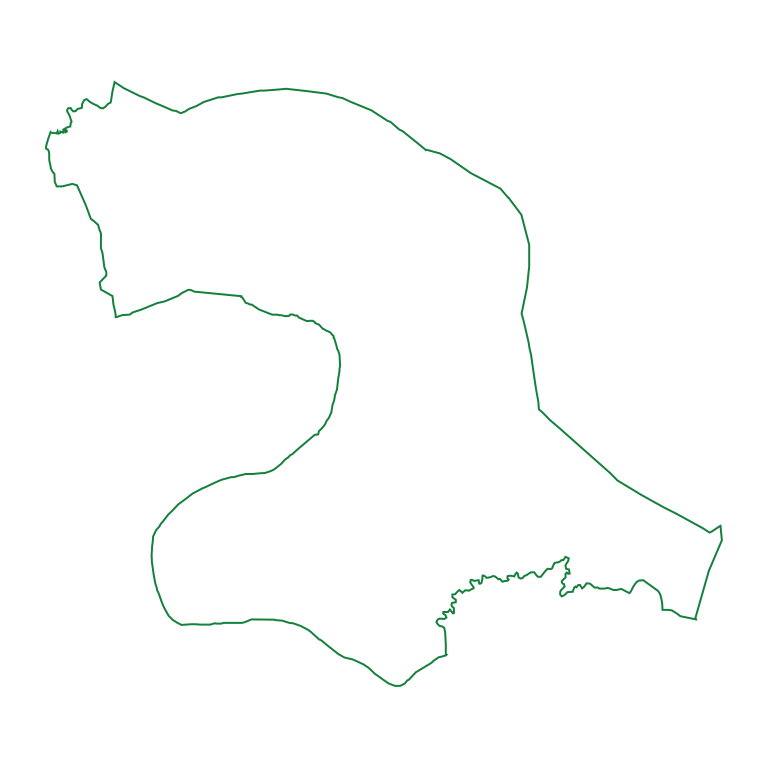 Niani, Central River, Gambia
{"feature_id": "56634734B41420439456091", "entity_name": "Niani", "entity_type": "district", "adm_level": 2, "iso_a3": "GMB", "parent_name": "Gambia", "parent_adm1": "Central River", "projection": "robinson", "projection_center": [-14.889, 13.677], "detail": "fine", "context": "isolated", "style": "outline", "palette": "green", "viewbox_px": 768, "rotation_deg": 0, "n_neighbors": 0, "source": "geoboundaries", "source_scale": "gbopen_adm2", "svg_char_len": 6040}
<svg xmlns="http://www.w3.org/2000/svg" viewBox="0 0 768 768"><path d="M720.5,525.9L719.8,526.2L714.5,529.7L711.4,531.8L709.5,532.5L702.3,527.9L679.2,515.3L676.7,513.9L664.2,507.6L641.8,495.2L617.5,480.5L610.3,473.2L559.4,428.1L550.0,420.1L542.5,412.4L538.9,409.4L538.3,401.7L536.1,389.5L533.9,374.9L531.1,355.0L529.6,348.7L528.6,342.4L523.6,320.8L521.6,313.6L527.0,287.4L529.2,266.5L529.2,244.8L521.4,214.8L508.4,197.5L508.0,197.5L500.4,188.6L471.1,173.3L450.7,159.2L439.9,153.4L426.6,149.8L425.9,150.2L425.0,149.3L416.5,142.3L411.2,138.1L402.7,131.2L399.2,129.5L390.5,121.9L387.5,120.8L371.3,110.3L350.8,101.9L342.3,98.0L338.1,97.2L326.5,93.6L308.5,91.3L286.3,88.8L274.9,89.8L264.1,90.6L260.1,90.6L241.1,93.7L238.1,93.9L221.8,97.3L218.3,97.3L203.8,102.0L196.1,106.2L188.8,109.0L185.1,111.5L180.8,113.2L176.1,111.0L172.3,110.4L165.2,107.2L155.9,103.3L143.7,97.4L139.7,96.0L123.9,88.2L114.6,82.1L112.4,91.8L110.9,101.6L110.4,102.7L108.1,103.8L105.6,106.6L102.9,108.3L100.4,108.0L97.6,105.8L93.1,103.8L89.9,101.9L86.6,99.1L84.1,100.2L82.1,104.1L81.9,107.7L80.4,108.3L77.6,108.9L75.6,111.1L73.3,111.4L71.6,109.7L70.6,108.0L68.1,108.3L67.1,110.3L67.3,111.5L67.8,112.5L69.3,115.0L71.6,121.7L70.8,122.8L70.3,126.5L67.3,127.3L64.3,129.0L66.8,130.6L66.8,131.5L65.8,132.3L63.3,130.6L63.3,132.6L60.3,131.5L60.3,132.9L58.3,133.7L57.6,131.2L56.7,133.3L51.2,132.7L50.6,132.1L48.5,137.9L46.8,143.6L46.1,146.4L46.1,148.6L47.9,149.6L48.7,151.0L48.9,152.0L49.2,153.4L49.2,155.2L49.2,156.6L49.2,158.8L49.4,160.9L49.8,162.9L50.2,164.3L50.5,166.0L50.7,167.4L50.8,168.3L51.8,170.3L52.9,172.2L53.0,172.4L54.4,173.8L54.8,182.2L56.2,185.0L56.7,186.2L56.7,186.4L62.3,186.4L72.3,183.9L77.0,185.3L85.6,204.7L90.9,219.0L93.4,220.7L98.1,224.9L99.4,229.5L101.0,233.6L100.9,248.0L102.5,253.2L104.4,267.5L106.3,272.0L106.3,275.5L99.7,282.5L100.9,289.5L112.5,296.1L113.4,304.2L115.2,312.0L115.2,312.3L115.4,313.4L115.6,314.2L115.6,316.5L115.7,317.2L116.0,317.2L119.5,316.1L122.3,315.1L129.7,314.6L132.5,312.5L141.0,309.7L149.4,306.3L157.2,303.1L164.7,301.4L178.2,295.8L181.9,293.0L188.2,289.9L190.7,289.9L194.1,291.6L241.3,296.2L241.3,297.2L242.3,297.5L245.7,302.8L248.2,303.5L249.8,304.5L251.6,304.5L258.8,309.4L272.3,314.7L277.3,314.7L279.3,315.2L281.2,315.2L285.3,316.2L289.0,315.9L290.3,314.5L293.1,314.5L294.0,315.2L294.9,315.5L297.1,315.5L299.0,317.6L299.9,318.0L306.8,321.1L310.0,320.8L312.8,320.8L313.7,321.5L314.6,321.8L315.3,323.2L316.5,323.6L318.1,324.3L319.0,324.6L322.8,328.8L324.0,329.2L326.2,330.6L328.1,331.3L330.6,332.7L332.5,335.1L333.7,336.2L333.7,338.2L334.3,338.6L336.5,345.9L337.1,348.7L338.4,351.2L339.5,354.8L339.6,356.2L340.1,366.4L339.5,368.4L339.5,371.2L338.2,378.6L337.0,389.4L335.7,393.2L334.8,395.7L334.8,396.7L334.1,400.6L332.6,404.7L331.6,410.3L331.6,411.7L328.8,418.0L326.6,420.8L325.1,424.3L322.3,427.8L318.8,431.3L318.2,434.4L314.8,434.8L313.2,436.1L296.5,450.3L292.4,454.1L290.2,455.2L288.3,457.3L284.9,459.7L281.1,463.9L274.6,469.1L272.7,470.2L269.3,471.6L264.9,473.0L259.6,473.3L252.4,474.0L245.8,474.0L239.9,475.4L233.9,477.1L231.4,477.1L222.1,479.6L218.6,481.0L212.4,483.8L204.5,487.6L203.3,487.9L192.7,493.5L184.9,499.5L178.3,504.3L172.7,510.3L168.3,514.5L162.8,521.6L160.6,524.1L159.4,526.5L156.2,530.0L155.0,532.4L153.1,536.6L152.8,541.2L152.2,545.7L151.9,550.6L151.6,554.8L151.9,561.8L153.1,570.5L153.7,574.7L155.0,581.7L155.6,584.5L156.5,586.9L157.2,590.4L158.1,592.1L159.4,595.3L160.6,598.8L162.2,603.3L163.4,606.1L165.3,609.9L166.9,612.7L168.7,615.9L170.9,618.0L172.5,619.7L175.3,621.5L177.5,622.9L181.5,624.9L191.9,624.2L196.5,624.3L200.0,624.6L210.3,624.6L215.0,623.2L216.2,623.6L221.5,623.6L223.4,622.9L241.9,622.9L244.7,622.2L251.6,619.4L274.7,619.7L275.3,620.1L282.0,620.6L290.1,623.1L292.6,623.1L300.5,625.9L303.3,627.3L308.3,630.0L310.8,631.8L312.3,633.2L319.2,639.5L319.8,639.5L322.0,640.9L326.1,644.4L338.0,653.8L343.3,656.9L344.8,657.6L352.6,659.4L355.8,660.8L363.3,664.3L368.6,667.8L374.8,673.7L383.6,680.0L388.6,683.5L395.1,685.9L400.1,685.9L404.8,683.5L407.3,680.4L408.9,679.7L415.8,672.3L431.4,662.9L433.6,660.8L438.6,657.3L441.4,656.7L446.1,655.3L446.4,654.9L445.8,654.9L445.8,644.8L445.2,632.9L444.2,627.7L441.7,626.3L439.5,625.9L437.4,623.8L436.4,622.1L437.7,619.6L439.5,618.6L444.2,619.0L446.4,617.6L445.5,615.1L443.3,613.7L443.3,612.0L448.0,612.0L449.9,609.5L453.0,613.4L453.9,613.0L453.9,608.1L452.0,606.4L451.4,605.0L452.1,602.9L455.8,602.2L455.8,599.8L452.4,597.3L452.4,594.5L455.2,594.2L456.7,592.4L459.2,590.0L461.1,591.4L462.4,592.8L465.2,590.3L467.1,590.4L468.9,590.7L470.5,589.7L473.6,588.3L473.6,587.2L471.8,584.8L470.2,582.3L470.8,579.9L472.1,579.9L473.9,580.9L478.6,580.2L479.3,583.7L480.2,583.7L481.4,583.0L482.4,578.8L482.4,576.1L483.0,575.4L485.2,576.4L486.4,577.8L489.3,577.5L493.0,576.1L494.3,576.1L496.4,577.5L498.3,579.2L499.9,578.9L502.4,581.7L504.9,581.0L508.0,580.6L508.6,579.6L507.4,578.2L507.4,577.1L507.7,576.1L510.5,575.7L514.3,576.4L514.9,575.0L516.5,572.6L517.7,573.3L518.6,577.5L520.5,578.5L522.4,578.2L524.6,575.7L526.1,575.4L530.8,572.3L534.3,572.3L536.5,575.4L538.0,576.8L540.8,576.8L544.9,571.6L547.4,568.8L550.5,569.1L552.1,568.4L553.3,565.3L554.6,562.9L558.3,562.2L559.6,561.8L561.5,560.1L563.3,560.1L565.5,556.9L568.7,558.3L568.3,560.8L565.8,564.6L565.5,566.0L566.2,568.8L569.0,569.5L569.6,573.7L568.0,573.7L566.8,572.6L565.5,574.0L565.5,577.5L561.8,581.0L561.8,582.4L563.0,583.8L564.0,584.2L564.6,586.6L561.1,590.1L560.2,591.8L560.2,594.6L561.8,596.4L563.9,595.3L564.6,595.0L567.4,592.2L571.1,591.8L572.7,591.8L574.0,588.0L575.2,586.6L576.5,587.3L578.0,585.2L579.9,584.9L582.1,588.4L584.1,586.8L586.6,583.3L590.1,583.7L594.4,587.5L597.6,587.5L599.4,588.6L604.7,588.6L607.6,587.9L608.8,588.2L613.5,590.0L616.6,590.0L621.3,588.9L624.7,590.7L627.9,592.4L629.4,593.1L630.7,591.7L633.2,586.8L636.3,582.3L638.8,580.6L643.2,580.2L655.4,589.0L658.2,591.1L660.1,594.2L661.3,598.4L662.2,603.6L662.5,609.9L667.9,609.9L671.6,610.3L676.3,613.1L680.4,616.2L696.0,619.4L695.5,617.6L708.9,570.7L721.9,540.2L721.2,533.4L720.5,525.9Z" fill="none" stroke="#15803d" stroke-width="2"/></svg>